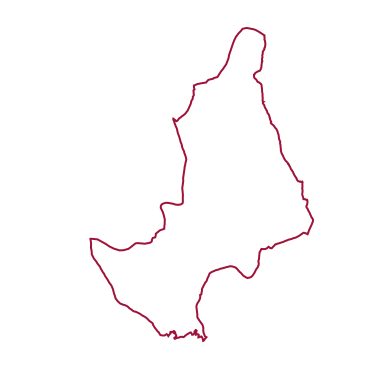 the district of Kaolack, Kaolack, Senegal, rotated 257°
{"feature_id": "50182788B15645681951695", "entity_name": "Kaolack", "entity_type": "district", "adm_level": 2, "iso_a3": "SEN", "parent_name": "Senegal", "parent_adm1": "Kaolack", "projection": "albers", "projection_center": [-16.083, 14.112], "detail": "fine", "context": "isolated", "style": "outline", "palette": "rose", "viewbox_px": 384, "rotation_deg": 257, "n_neighbors": 0, "source": "geoboundaries", "source_scale": "gbopen_adm2", "svg_char_len": 6004}
<svg xmlns="http://www.w3.org/2000/svg" viewBox="0 0 384 384"><g transform="rotate(257 192 192)"><path d="M267.6,190.3L267.2,190.1L266.2,190.1L265.0,190.5L262.9,190.5L261.4,190.8L260.1,190.9L257.3,191.5L254.5,191.5L253.3,191.4L248.4,192.0L243.0,192.2L240.9,192.6L239.3,192.6L237.8,192.5L235.8,192.8L233.4,193.4L231.9,193.3L228.3,193.8L225.1,193.8L222.8,192.8L221.9,192.2L219.3,191.2L218.2,190.5L216.3,189.9L207.6,186.5L204.5,185.9L198.0,183.4L191.2,182.5L187.9,181.6L184.9,181.0L183.7,180.6L183.0,180.1L182.4,178.1L182.6,175.7L183.4,173.2L184.7,171.1L186.0,168.1L186.8,166.2L187.4,163.9L187.3,162.2L187.1,160.7L186.5,159.4L185.2,158.4L183.5,158.0L178.8,159.1L174.9,159.3L171.4,159.3L166.3,158.0L165.4,157.5L162.4,156.7L161.8,151.9L159.5,147.4L157.9,146.9L156.1,146.0L156.0,143.4L154.7,142.4L153.0,141.7L152.3,140.6L152.0,139.4L152.2,134.5L154.5,127.3L154.6,125.2L152.6,121.2L150.9,117.3L150.7,112.2L151.4,108.3L154.3,103.3L157.6,99.2L160.4,96.7L167.0,89.4L168.7,84.7L169.2,82.5L164.5,82.1L160.8,81.1L155.9,80.8L154.5,80.4L153.1,80.5L149.3,81.4L145.5,83.2L143.8,83.7L139.7,85.6L138.5,85.7L133.3,87.3L132.6,87.8L129.8,88.4L125.4,90.1L122.1,91.0L121.4,91.4L119.1,92.4L115.3,93.1L110.5,93.2L108.6,93.5L105.5,93.6L102.4,95.0L100.0,96.6L99.2,97.2L98.9,97.9L97.7,99.4L97.3,100.5L95.7,102.7L94.2,104.1L93.9,104.1L92.4,105.2L90.6,107.0L89.8,107.4L88.4,109.1L88.2,109.8L87.7,110.6L85.4,113.5L83.5,115.3L82.7,115.8L82.2,116.7L79.9,119.0L78.0,120.3L76.2,121.3L73.1,124.0L72.3,124.2L71.7,124.1L68.4,125.1L63.9,127.2L62.5,128.2L60.3,128.7L59.6,129.3L58.7,131.3L58.4,133.2L59.2,135.4L58.4,136.0L56.9,136.5L58.7,138.6L59.0,139.3L60.1,139.3L60.5,139.6L60.2,140.6L60.3,140.9L59.8,141.9L60.6,142.8L60.5,143.3L59.6,143.8L59.1,143.9L59.1,143.1L59.0,142.4L58.5,142.7L57.9,143.6L57.5,143.9L56.4,144.3L55.7,144.3L55.1,144.3L53.7,141.9L52.9,142.1L52.8,142.6L53.2,144.4L53.1,145.8L53.4,148.6L53.1,150.0L52.5,151.0L52.6,151.5L53.0,152.4L53.7,153.3L55.1,157.3L55.5,158.7L55.4,159.3L54.6,159.7L52.9,160.0L52.7,160.8L53.3,161.9L54.3,162.7L54.7,163.4L55.6,163.1L55.8,163.3L55.9,163.8L56.7,164.5L56.5,164.9L55.7,165.3L54.6,164.7L54.2,164.6L53.3,163.8L52.1,163.6L52.2,165.5L51.7,166.2L51.0,166.5L50.1,165.8L48.9,165.5L48.9,167.1L49.2,168.5L48.7,168.9L47.0,169.4L44.4,169.4L44.7,170.4L45.7,171.2L47.3,173.4L48.0,172.6L48.8,172.1L52.8,171.6L54.6,171.8L57.1,172.5L60.3,172.3L61.1,172.0L62.0,171.5L63.3,171.1L64.0,170.7L68.7,169.0L71.9,169.7L79.4,170.5L81.1,171.3L82.6,172.5L84.2,174.2L86.3,175.8L87.6,176.4L89.8,176.7L90.0,177.8L90.3,178.2L91.2,178.4L93.8,179.6L94.9,179.8L95.8,180.3L97.4,181.8L98.1,182.1L98.8,182.9L100.9,184.6L101.3,185.4L101.8,186.0L103.3,187.1L104.3,187.5L105.7,188.8L108.6,190.8L109.1,191.7L109.5,193.0L109.8,193.9L110.0,195.9L110.4,196.9L110.5,200.7L110.8,202.0L110.9,203.2L110.7,204.4L110.9,205.1L110.9,207.1L111.1,208.5L111.0,210.4L111.1,212.7L110.7,213.5L110.5,214.3L109.5,216.1L108.3,217.8L107.5,218.3L106.9,218.5L106.2,219.1L105.2,219.4L104.3,220.1L103.1,220.6L102.5,221.3L99.0,223.1L96.6,225.5L95.7,226.7L95.7,229.8L96.0,230.7L96.8,232.1L98.1,233.5L99.6,235.0L102.4,237.3L103.8,239.0L105.3,240.0L105.6,240.4L108.0,241.1L109.1,241.0L110.0,241.2L111.1,242.0L118.1,244.3L119.3,245.6L120.4,246.3L120.9,247.0L120.1,249.3L120.0,250.8L120.3,252.4L121.4,254.2L120.6,255.1L119.8,255.5L119.5,256.2L119.3,257.1L120.5,258.8L121.0,259.8L122.3,261.5L122.1,262.2L122.4,263.1L122.4,264.3L122.9,270.2L123.5,272.5L123.4,273.5L123.8,275.1L123.8,278.1L124.1,279.9L124.2,282.5L125.1,286.3L127.2,291.3L127.0,292.1L126.1,293.6L124.9,295.1L125.8,295.5L125.8,295.8L126.2,296.1L128.2,297.3L134.2,301.9L136.4,303.3L137.1,303.6L138.6,303.6L139.6,303.1L140.0,303.1L140.5,302.7L140.9,302.7L146.2,301.7L147.1,301.4L147.5,301.1L148.3,301.1L150.1,300.7L150.7,300.3L151.7,300.1L152.5,300.2L153.5,301.2L154.4,301.5L155.6,302.1L157.9,302.5L158.5,302.4L158.6,301.6L159.6,300.6L159.6,299.8L159.9,299.1L160.2,299.2L160.6,299.0L161.4,299.1L164.7,298.8L168.5,300.1L169.5,300.1L170.5,300.3L170.9,300.2L171.8,300.7L175.3,301.4L176.5,301.9L177.3,301.8L177.1,301.0L177.4,300.5L177.8,300.1L177.7,299.5L178.1,299.1L178.4,298.1L180.0,297.1L181.4,296.8L181.8,297.0L182.6,296.6L185.5,295.5L186.0,295.5L187.2,295.1L188.9,294.9L190.3,294.2L191.4,294.0L192.0,293.5L194.1,293.3L195.3,292.8L196.0,292.8L196.2,292.6L196.7,292.7L197.3,292.4L197.7,291.9L198.4,292.0L200.6,290.8L201.5,290.2L204.0,289.3L206.8,288.8L209.6,288.0L212.8,287.9L213.8,288.3L214.6,288.3L218.4,288.8L219.4,288.7L221.3,289.3L222.2,289.0L224.2,288.8L228.5,289.2L230.4,288.9L231.5,289.0L234.1,288.5L236.4,287.2L237.5,287.0L239.0,286.1L240.9,284.6L241.4,284.3L242.8,284.6L242.8,284.9L245.4,284.4L246.5,284.6L247.3,284.3L248.0,284.5L249.6,284.3L250.8,284.0L251.9,283.4L254.4,283.2L254.6,283.0L255.8,282.8L257.2,282.3L259.1,281.9L259.6,282.0L260.8,281.8L262.3,281.0L263.8,281.4L263.9,282.0L264.6,281.3L265.9,281.5L267.7,282.1L269.1,282.2L271.8,282.8L274.3,282.9L275.5,283.2L280.6,283.8L282.2,283.3L282.9,282.5L283.9,281.8L284.4,280.8L287.3,279.8L289.0,278.5L289.7,278.5L290.4,278.3L292.4,278.8L292.6,279.5L293.4,280.0L294.1,281.4L294.7,283.5L295.0,285.6L296.4,286.7L298.3,287.8L300.2,288.3L300.8,288.6L303.3,289.5L303.7,289.7L303.7,289.9L304.9,289.9L306.8,290.5L307.5,291.0L309.0,291.1L311.0,292.1L312.5,292.4L313.8,293.4L314.1,294.1L315.1,294.7L315.5,294.7L315.9,294.8L316.3,295.5L319.6,296.8L322.6,297.1L324.4,296.9L325.7,297.4L327.2,297.5L328.2,297.9L332.8,293.5L335.1,291.0L336.6,288.9L339.3,282.8L339.6,281.7L339.6,278.0L337.6,275.4L336.2,273.2L333.2,269.6L330.1,267.1L326.6,264.8L317.2,259.0L314.0,257.6L308.7,254.0L304.6,249.5L302.6,247.0L298.3,242.7L298.1,238.8L297.6,238.0L297.6,233.2L295.5,230.3L295.8,226.1L296.0,221.7L295.3,217.8L293.1,217.4L291.3,217.5L290.8,216.4L290.1,216.1L289.1,216.1L287.3,215.7L286.3,215.7L285.8,215.4L284.4,214.1L283.4,214.0L282.4,213.4L281.9,213.0L281.3,212.2L280.7,211.8L278.2,210.6L272.4,206.2L269.5,202.6L267.7,198.5L267.1,197.5L266.7,196.1L265.0,194.2L264.6,193.5L264.5,192.7L265.5,192.1L267.6,190.3Z" fill="none" stroke="#9f1239" stroke-width="2"/></g></svg>